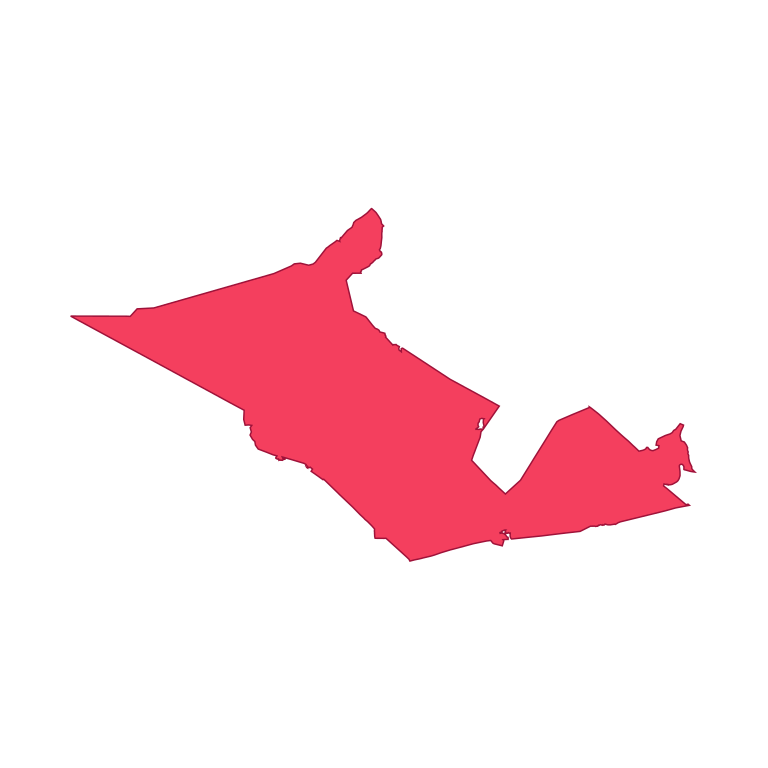 the district of Coatlán del Río, Morelos, Mexico, rotated 277°
{"feature_id": "50627088B55233525258016", "entity_name": "Coatlán del Río", "entity_type": "district", "adm_level": 2, "iso_a3": "MEX", "parent_name": "Mexico", "parent_adm1": "Morelos", "projection": "natural_earth1", "projection_center": [-99.448, 18.734], "detail": "fine", "context": "isolated", "style": "filled", "palette": "rose", "viewbox_px": 768, "rotation_deg": 277, "n_neighbors": 0, "source": "geoboundaries", "source_scale": "gbopen_adm2", "svg_char_len": 5665}
<svg xmlns="http://www.w3.org/2000/svg" viewBox="0 0 768 768"><g transform="rotate(277 384 384)"><path d="M295.5,314.3L294.7,316.2L294.6,316.5L293.2,316.3L293.2,317.0L293.1,318.1L292.7,318.2L291.7,317.5L291.2,318.6L291.9,318.6L292.0,318.7L292.0,320.6L292.4,321.0L290.8,323.4L289.7,322.8L289.3,322.7L288.5,322.3L287.0,325.1L286.7,325.7L281.6,335.1L282.1,335.8L280.8,337.6L270.2,351.6L269.0,353.1L258.0,368.0L251.5,376.1L248.6,380.1L247.3,381.6L245.5,384.4L241.9,389.0L239.0,392.3L236.9,392.4L235.1,392.8L234.6,392.8L233.1,393.1L231.3,393.4L229.8,394.0L230.8,402.9L231.1,404.8L215.1,427.5L213.0,430.3L211.6,431.1L211.4,431.3L213.2,435.8L214.9,440.9L215.0,441.0L215.5,442.5L216.0,443.6L218.9,451.5L220.3,454.7L223.6,461.4L227.6,470.4L228.2,472.0L233.2,484.4L235.3,489.5L236.4,492.2L238.6,498.7L239.5,501.4L240.9,505.6L240.9,505.8L241.7,509.0L239.3,511.5L238.8,512.9L238.2,517.8L237.8,521.1L242.9,522.0L243.9,521.2L244.0,521.1L244.9,525.9L244.9,526.1L245.6,526.1L246.9,525.8L247.3,524.5L249.1,523.0L249.7,521.8L250.1,521.5L250.2,521.0L250.3,518.6L249.9,517.5L250.6,517.2L250.9,517.5L251.4,519.2L251.5,519.2L252.2,518.9L252.4,519.2L253.5,521.0L253.9,521.9L253.9,522.7L253.1,522.1L252.9,522.4L251.8,522.8L251.7,522.3L251.0,522.3L250.5,523.3L250.9,524.0L250.9,524.7L251.4,525.2L251.6,525.5L251.4,526.0L251.1,526.4L251.5,527.4L251.5,527.5L248.5,527.7L247.4,528.1L246.7,528.4L245.7,529.5L249.9,547.8L252.2,558.0L252.4,558.9L255.9,572.9L258.4,583.1L261.6,596.6L268.0,606.2L268.1,606.9L268.6,610.4L268.4,611.4L268.7,612.3L268.9,613.4L269.9,614.0L269.7,614.4L269.9,614.7L270.6,615.7L270.8,616.1L270.4,617.9L271.1,618.4L270.7,619.1L270.8,619.6L271.9,620.4L271.5,623.3L271.8,625.9L273.0,630.0L272.8,630.6L273.6,631.8L274.8,633.2L276.0,635.4L291.2,675.5L292.6,679.1L296.6,688.7L300.8,701.9L301.8,700.4L301.0,698.5L314.5,677.9L316.9,673.9L318.9,674.1L318.5,677.9L318.9,677.6L318.9,677.8L318.8,678.9L318.8,680.0L319.1,681.1L319.6,682.4L320.8,684.1L322.5,686.4L323.8,687.5L325.8,688.4L329.0,689.0L332.9,688.5L336.2,687.7L338.1,687.2L338.9,687.1L339.6,687.3L340.4,688.2L340.6,689.1L340.5,690.0L339.4,691.2L338.3,691.8L337.2,691.9L336.4,692.0L335.7,692.1L335.5,692.6L335.4,693.7L335.2,695.1L334.6,699.0L334.5,701.3L334.5,703.3L336.2,701.1L337.5,699.8L339.5,699.5L341.8,698.0L343.8,696.8L347.4,695.5L349.2,695.2L350.3,695.1L351.6,694.3L352.3,694.0L353.2,694.2L353.9,694.1L354.8,693.5L356.2,693.1L357.8,693.1L359.2,692.2L360.0,691.8L361.3,690.7L363.0,689.2L363.8,685.9L368.9,684.0L373.3,684.5L378.1,686.1L379.7,686.3L380.7,682.8L374.6,679.1L373.2,677.2L370.9,676.0L369.3,674.0L368.1,671.4L367.0,669.2L366.4,668.3L363.0,662.9L360.0,661.7L356.5,661.5L356.3,664.4L354.9,664.4L353.8,664.4L352.0,661.7L350.6,659.1L350.6,657.8L350.9,656.4L351.5,655.3L353.2,653.5L353.0,652.3L352.0,652.0L351.3,651.5L350.4,650.2L349.8,649.1L348.4,645.2L349.7,643.5L351.8,640.7L353.5,638.3L357.2,633.4L359.7,629.6L361.6,626.8L363.0,624.8L366.7,619.6L374.4,609.3L378.1,604.0L380.2,601.0L383.2,596.1L385.7,591.9L386.4,590.5L385.7,590.7L382.1,584.4L376.8,575.0L369.2,562.0L367.6,560.2L358.1,555.7L348.5,551.3L328.3,541.9L322.8,539.4L305.1,531.2L295.8,523.2L294.3,521.9L289.6,517.9L292.5,513.9L294.8,510.7L297.3,507.4L299.2,504.5L299.4,504.2L301.2,501.6L316.8,482.9L318.9,480.3L319.1,480.3L323.6,481.2L325.7,481.7L328.0,482.3L330.2,482.8L342.8,485.9L348.4,486.1L351.2,487.9L351.0,485.0L350.5,483.8L350.3,480.9L350.0,480.2L351.6,481.8L353.1,483.2L354.5,482.3L356.6,482.2L358.1,483.1L360.8,483.3L361.8,485.2L361.7,487.6L360.9,487.0L357.8,487.2L355.0,488.2L353.0,488.5L353.0,487.7L351.8,488.3L376.1,501.1L381.0,488.9L396.7,449.1L421.7,398.4L421.8,397.7L421.1,396.8L418.1,397.3L419.6,394.8L420.9,394.3L423.0,394.7L423.8,392.4L424.7,391.1L424.5,390.7L424.2,388.5L423.7,388.1L425.9,385.5L426.3,385.0L426.4,384.9L430.1,380.6L430.3,380.3L430.4,380.1L430.7,379.8L430.9,379.9L431.4,380.1L432.4,379.6L432.5,379.3L432.8,379.3L434.2,378.5L434.4,378.6L434.6,377.9L434.9,375.7L435.1,373.6L436.6,372.6L436.9,372.2L437.6,370.9L438.1,368.8L438.3,368.5L438.4,368.2L441.2,365.1L447.1,359.2L448.4,357.8L452.8,344.8L482.4,333.8L490.1,339.3L491.2,347.7L492.2,347.2L492.4,347.1L493.5,347.8L494.2,347.7L494.6,347.8L495.2,349.0L498.2,353.5L499.0,354.6L499.6,355.2L500.2,355.5L501.0,355.7L501.7,356.0L502.1,356.9L503.1,357.6L503.6,358.2L504.3,358.6L504.7,359.0L505.5,359.4L506.0,360.1L506.7,360.4L507.3,361.1L508.0,362.8L508.7,363.7L512.0,366.0L512.7,366.0L513.8,365.7L514.7,365.2L515.0,364.3L516.6,363.1L518.1,363.8L521.0,364.1L525.5,364.0L529.0,364.0L532.6,363.5L533.9,363.4L535.1,363.5L536.6,363.3L537.9,363.3L539.4,363.1L540.8,364.4L542.8,362.0L544.9,361.4L546.9,360.6L550.4,357.7L553.1,355.3L553.9,354.3L556.6,350.4L556.2,349.8L552.1,346.8L550.9,345.7L546.7,341.3L543.0,336.2L540.6,334.3L538.5,334.0L535.6,333.1L531.9,329.0L523.7,323.6L523.9,323.0L520.5,322.4L520.2,322.6L520.8,319.8L519.6,318.6L518.7,317.7L514.8,313.3L513.3,311.9L511.8,310.2L496.5,301.1L494.5,299.1L492.7,294.8L493.7,286.3L492.3,280.3L489.9,277.7L480.2,261.3L431.4,146.2L428.5,129.8L420.2,123.9L419.9,120.2L413.2,64.7L409.8,73.2L384.7,137.1L346.6,233.7L340.9,248.4L331.7,249.1L326.2,251.2L326.9,254.8L326.8,257.8L324.3,256.5L320.2,258.2L317.0,257.3L315.6,258.3L315.0,258.8L313.0,260.3L311.2,262.8L310.9,262.9L307.6,263.9L304.3,266.9L304.1,267.1L303.1,271.2L301.9,276.1L300.6,281.0L300.1,282.9L300.0,283.9L299.6,286.5L298.5,286.1L298.1,285.7L297.3,285.6L297.0,285.9L296.5,287.3L296.5,287.8L296.7,288.5L296.2,288.8L295.5,289.0L295.7,289.3L295.9,292.5L296.4,292.9L296.6,293.3L297.0,293.8L297.1,294.2L297.2,294.7L297.5,294.8L297.5,295.6L297.6,295.2L297.5,292.9L299.2,291.9L297.6,302.0L295.6,313.7L295.5,314.3Z" fill="#f43f5e" stroke="#9f1239" stroke-width="1.5"/></g></svg>